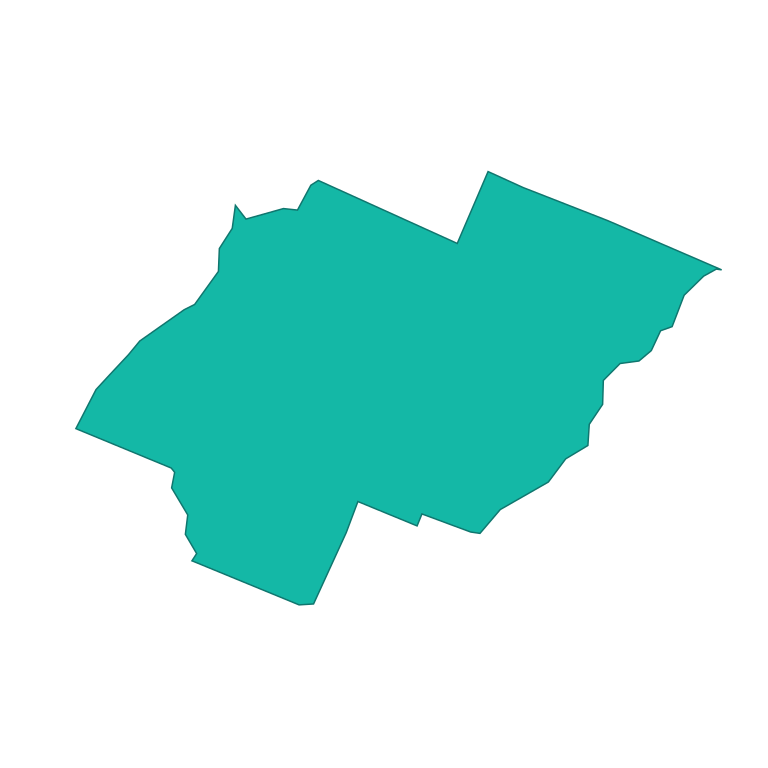 outline of Barbour, Alabama, United States of America, rotated 203°
{"feature_id": "52423323B4191008526240", "entity_name": "Barbour", "entity_type": "district", "adm_level": 2, "iso_a3": "USA", "parent_name": "United States of America", "parent_adm1": "Alabama", "projection": "orthographic", "projection_center": [-85.401, 31.883], "detail": "fine", "context": "isolated", "style": "filled", "palette": "teal", "viewbox_px": 768, "rotation_deg": 203, "n_neighbors": 0, "source": "geoboundaries", "source_scale": "gbopen_adm2", "svg_char_len": 807}
<svg xmlns="http://www.w3.org/2000/svg" viewBox="0 0 768 768"><g transform="rotate(203 384 384)"><path d="M187.5,386.1L172.3,407.1L179.3,427.1L174.8,450.7L183.5,473.0L174.7,495.1L158.3,504.8L151.0,519.2L150.2,541.1L141.2,549.4L142.4,583.0L131.9,608.2L123.0,619.6L117.8,621.0L242.1,621.8L332.5,619.2L371.2,620.2L371.5,542.0L524.0,545.7L529.0,538.4L531.6,510.3L545.1,506.2L575.5,481.9L590.6,490.4L586.6,475.7L584.5,467.9L588.5,444.4L580.4,422.9L589.4,383.2L596.9,374.4L625.6,328.2L630.7,311.0L639.9,285.9L646.9,266.4L650.2,222.5L547.0,223.5L542.2,220.9L538.9,205.4L513.5,186.8L508.1,168.0L490.2,154.7L491.7,146.2L375.9,147.5L362.9,154.0L360.7,232.4L362.1,265.6L298.1,266.3L298.3,279.2L246.4,281.6L237.3,284.0L227.9,313.9L194.4,358.0L187.5,386.1Z" fill="#14b8a6" stroke="#0f766e" stroke-width="1.5"/></g></svg>